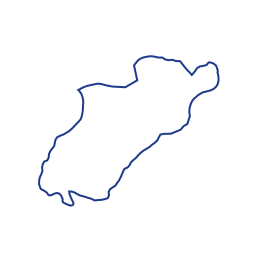 the district of Al Miftah, Hajjah, Yemen, rotated 116°
{"feature_id": "15242507B45600422396945", "entity_name": "Al Miftah", "entity_type": "district", "adm_level": 2, "iso_a3": "YEM", "parent_name": "Yemen", "parent_adm1": "Hajjah", "projection": "natural_earth1", "projection_center": [43.522, 15.962], "detail": "fine", "context": "isolated", "style": "outline", "palette": "blue", "viewbox_px": 256, "rotation_deg": 116, "n_neighbors": 0, "source": "geoboundaries", "source_scale": "gbopen_adm2", "svg_char_len": 2517}
<svg xmlns="http://www.w3.org/2000/svg" viewBox="0 0 256 256"><g transform="rotate(116 128 128)"><path d="M164.3,111.6L163.7,111.1L160.7,110.3L157.5,110.3L154.5,109.1L151.5,107.8L148.5,107.0L145.2,105.9L142.1,104.5L139.0,102.5L137.8,101.8L136.2,100.6L132.8,99.2L131.5,98.5L129.7,97.5L126.0,96.2L123.0,96.2L119.6,96.0L119.0,95.0L117.6,93.3L116.0,90.2L114.3,86.9L106.4,79.9L102.1,78.9L98.3,76.4L90.1,77.6L87.3,79.6L84.2,81.0L82.4,81.5L81.1,81.8L80.3,81.9L77.9,82.2L74.8,82.1L71.8,81.1L71.4,80.9L68.7,79.8L67.5,79.2L65.8,78.2L63.2,76.4L61.3,74.1L60.9,73.7L58.4,70.7L55.6,68.3L52.6,67.0L51.4,66.8L49.5,66.6L46.4,67.2L44.7,67.9L43.1,68.7L40.0,70.7L39.4,71.6L36.8,72.6L33.3,76.2L32.6,79.3L33.0,83.1L33.9,84.3L37.0,85.1L39.3,87.7L41.3,90.5L44.1,92.2L45.6,92.4L47.4,92.6L52.4,93.9L51.0,97.0L49.9,100.3L48.4,103.7L45.1,110.5L46.8,114.3L47.1,117.0L47.2,118.0L49.1,120.9L50.1,124.5L49.6,127.9L51.5,132.0L52.2,135.4L53.3,138.6L55.1,141.6L56.2,142.9L57.5,144.7L59.9,147.0L62.6,148.6L63.8,148.9L65.6,149.3L65.9,149.4L69.1,150.0L81.1,140.6L91.4,147.5L92.5,148.2L94.8,153.6L96.2,156.8L97.6,160.3L98.6,163.8L99.5,167.6L100.2,171.4L101.5,174.8L103.5,177.4L105.6,180.1L107.6,182.6L110.1,185.2L112.8,187.3L114.5,188.5L115.4,189.2L115.7,189.4L116.0,188.2L117.5,185.2L119.8,182.8L122.4,180.6L122.7,180.5L125.3,179.1L128.4,177.9L131.6,176.5L134.5,175.5L137.8,174.7L140.9,174.4L143.9,175.1L147.0,176.2L150.1,177.1L150.4,177.2L153.4,178.2L156.7,179.6L157.9,180.4L159.6,181.5L162.3,183.3L164.7,185.6L167.5,187.7L170.5,188.0L173.7,187.2L176.8,186.4L180.0,187.2L183.0,187.7L186.1,187.6L189.4,186.3L192.5,186.4L194.9,188.6L198.0,188.7L201.2,187.9L204.0,186.1L207.1,185.7L210.8,185.6L214.0,184.9L217.5,183.3L220.3,180.5L221.0,179.5L221.2,175.2L221.6,172.9L222.2,171.6L222.9,170.6L223.1,169.7L222.9,168.8L221.5,167.0L219.9,165.9L218.7,164.8L217.7,163.5L217.2,162.1L217.2,160.7L217.7,159.2L218.2,158.3L218.8,157.5L219.9,156.3L220.8,155.4L221.8,155.0L222.8,154.6L223.4,153.4L223.4,151.7L223.3,147.9L223.0,145.8L222.2,144.6L221.5,143.9L220.8,143.8L219.7,143.9L218.6,144.9L217.3,146.7L215.8,148.6L212.7,151.9L211.6,152.4L211.3,152.6L210.8,153.0L210.0,151.2L209.8,150.7L209.4,147.8L209.6,144.8L209.7,141.7L209.1,138.6L208.5,135.7L208.5,134.8L208.3,133.6L208.1,132.4L207.7,130.2L207.7,126.1L205.9,123.4L204.2,120.4L202.2,117.8L199.9,115.4L196.8,115.6L193.9,117.4L190.9,117.3L188.1,115.8L185.4,114.1L182.4,113.7L179.8,113.2L179.2,113.1L176.0,113.0L172.7,113.1L169.4,113.3L166.3,113.3L164.3,111.6Z" fill="none" stroke="#1e3a8a" stroke-width="2"/></g></svg>